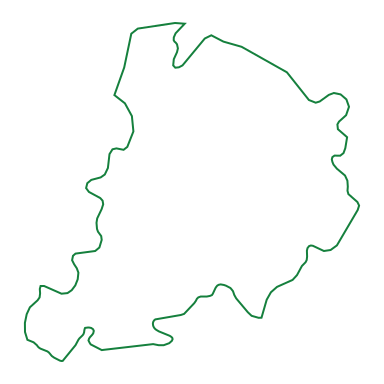 the border of Bologna
{"feature_id": "ITA-5362", "entity_name": "Bologna", "entity_type": "Province", "adm_level": 1, "iso_a3": "ITA", "parent_name": "Italy", "parent_adm1": "", "projection": "orthographic", "projection_center": [11.264, 44.436], "detail": "fine", "context": "isolated", "style": "outline", "palette": "green", "viewbox_px": 384, "rotation_deg": 0, "n_neighbors": 0, "source": "natural_earth", "source_scale": "10m", "svg_char_len": 2492}
<svg xmlns="http://www.w3.org/2000/svg" viewBox="0 0 384 384"><path d="M175.0,23.0L184.7,23.7L175.6,33.3L173.8,37.4L173.7,40.2L174.5,41.6L175.7,42.6L177.0,44.3L177.9,48.4L177.0,52.2L173.8,59.2L173.2,65.4L175.3,67.7L178.9,67.3L182.5,65.4L204.8,38.5L211.3,35.3L223.4,41.6L241.6,46.8L286.9,72.3L308.9,100.0L315.7,102.7L319.7,101.5L328.8,94.9L333.8,93.0L340.6,94.4L346.4,99.4L349.0,106.8L346.1,115.2L339.0,121.6L337.4,124.4L337.9,129.2L347.1,137.2L345.3,148.2L343.5,153.1L340.2,155.7L334.5,155.6L332.4,157.1L331.8,159.3L332.4,161.9L333.5,164.6L336.9,168.7L345.0,175.5L347.4,180.7L347.8,186.6L347.5,190.8L348.4,194.1L357.4,202.0L359.1,205.6L357.7,210.0L336.9,245.4L330.6,250.0L323.9,251.0L312.9,245.8L310.9,245.5L309.1,246.1L307.5,248.1L306.9,250.7L307.1,256.6L306.7,260.0L305.6,262.2L301.9,266.0L297.0,275.1L292.6,279.9L277.0,286.9L270.9,292.3L266.7,299.7L261.5,317.7L258.6,317.8L251.6,315.8L247.8,312.2L236.2,298.4L234.3,295.0L233.0,291.2L231.6,289.4L230.4,288.0L226.0,285.7L224.0,285.0L220.7,284.4L218.7,284.8L217.3,285.6L216.3,286.8L215.5,288.0L212.8,293.8L211.9,295.1L210.0,295.9L207.0,296.5L200.8,296.5L198.3,297.4L196.9,298.8L196.4,299.8L195.9,300.8L194.3,303.1L184.1,313.9L180.8,315.0L155.3,319.4L154.1,320.4L153.3,321.7L152.9,323.2L153.0,324.9L153.4,326.4L154.1,327.7L155.0,328.8L156.2,329.8L158.9,331.4L169.7,335.8L171.1,336.7L172.2,337.7L172.6,339.1L171.9,340.8L169.2,343.2L163.7,345.2L158.7,345.2L154.1,344.3L153.2,344.1L104.0,349.8L101.8,350.1L90.7,344.4L89.6,342.7L88.5,340.5L89.0,338.8L89.8,337.4L92.1,334.9L93.2,333.4L93.8,330.9L93.1,329.3L91.3,328.0L89.6,327.6L88.1,327.5L85.1,327.9L84.6,329.1L84.3,330.7L84.1,332.3L83.7,333.5L83.3,334.4L82.5,335.4L79.4,338.4L78.5,339.6L75.5,345.2L62.7,360.9L61.4,361.0L59.9,360.6L54.2,357.7L51.8,356.0L48.9,352.5L47.4,351.4L40.4,348.6L38.9,347.6L37.8,346.5L37.0,345.3L33.6,342.3L27.4,339.8L25.0,332.0L24.9,322.9L26.7,314.2L29.9,307.3L37.6,300.3L39.6,297.4L40.1,293.3L39.8,289.0L40.6,286.0L44.1,286.0L61.5,293.7L67.5,293.1L71.7,290.2L75.3,285.4L77.7,279.3L78.4,272.7L76.8,268.3L74.1,264.2L72.1,260.2L73.0,255.8L75.5,253.6L95.2,251.0L99.4,247.5L101.7,239.9L101.2,236.1L98.0,231.7L97.0,228.9L96.5,222.8L97.2,218.4L101.6,209.2L103.2,204.3L102.6,200.7L100.3,198.1L88.9,191.9L86.1,188.1L87.3,183.2L91.3,179.9L100.7,177.4L104.8,174.5L107.9,168.0L109.5,154.1L112.5,149.3L116.4,148.4L123.6,149.8L127.3,146.9L133.4,131.4L131.9,116.1L124.9,103.3L114.4,95.1L124.2,67.5L131.3,33.7L137.8,28.6L175.0,23.0Z" fill="none" stroke="#15803d" stroke-width="2"/></svg>